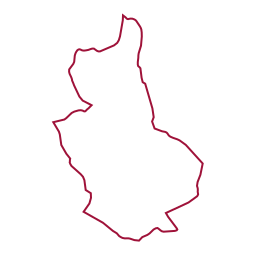 Tongsa, Mercator projection
{"feature_id": "BTN-2486", "entity_name": "Tongsa", "entity_type": "District", "adm_level": 1, "iso_a3": "BTN", "parent_name": "Bhutan", "parent_adm1": "", "projection": "mercator", "projection_center": [90.459, 27.451], "detail": "fine", "context": "isolated", "style": "outline", "palette": "rose", "viewbox_px": 256, "rotation_deg": 0, "n_neighbors": 0, "source": "natural_earth", "source_scale": "10m", "svg_char_len": 1836}
<svg xmlns="http://www.w3.org/2000/svg" viewBox="0 0 256 256"><path d="M98.4,51.4L100.0,51.4L114.0,45.4L117.2,42.9L118.8,40.2L120.0,36.4L122.8,20.3L123.0,15.4L125.6,17.4L126.4,18.3L127.3,19.0L128.3,19.1L129.3,18.8L130.7,18.6L132.4,18.7L134.1,19.3L135.5,20.1L136.4,21.1L140.0,26.5L140.7,27.8L141.3,29.4L141.7,32.4L141.8,36.6L141.0,45.7L138.7,53.2L138.4,55.2L138.3,57.9L137.8,62.0L137.8,64.6L138.2,66.1L139.6,67.3L140.4,68.3L141.6,77.8L142.7,82.2L145.2,83.7L152.4,108.4L153.7,117.2L152.1,121.5L154.6,128.5L162.1,131.3L165.2,131.9L166.5,132.5L167.4,133.4L168.8,135.5L170.4,136.7L173.2,137.9L177.3,139.3L179.6,140.4L185.8,144.9L202.7,163.5L200.4,174.8L197.6,182.0L197.0,185.9L197.7,188.2L197.8,189.5L197.8,190.6L197.7,191.5L197.8,192.4L198.0,193.4L198.1,194.5L197.2,196.2L188.5,202.5L165.9,213.0L168.1,216.8L176.8,228.4L177.3,229.5L176.7,230.3L174.9,230.9L163.6,231.7L161.7,231.2L160.3,230.2L158.9,229.0L157.5,228.0L155.8,228.3L153.6,229.5L149.6,233.4L147.4,234.9L142.3,237.1L139.0,240.6L134.4,240.1L129.9,238.6L128.2,238.3L126.4,238.3L125.0,238.4L123.8,238.2L122.4,237.9L121.0,237.2L119.2,236.1L116.8,233.3L112.9,230.9L103.0,222.8L83.6,211.8L89.4,203.5L91.0,197.8L90.8,193.2L85.7,190.0L84.4,180.2L83.0,176.8L80.8,174.3L71.5,166.0L70.3,164.0L69.7,162.4L69.9,161.3L69.9,159.9L70.2,158.6L66.3,153.7L61.3,145.0L59.8,134.4L58.9,131.6L53.3,122.2L64.4,119.5L66.3,118.1L71.6,113.0L74.3,111.6L78.5,110.4L80.8,110.2L82.6,110.6L84.2,111.4L85.2,111.3L85.9,110.7L87.0,109.5L88.4,108.4L91.6,105.2L82.7,100.6L79.4,96.6L74.0,85.2L73.4,83.5L72.1,80.5L72.0,79.5L71.6,78.2L71.0,76.7L69.6,73.8L69.1,71.8L69.2,69.4L73.3,63.9L74.2,61.8L74.8,55.5L75.5,53.3L76.2,51.9L77.4,50.2L78.5,49.5L79.6,49.3L80.6,49.6L81.7,50.2L82.9,50.5L84.0,50.6L85.8,50.4L88.4,49.9L90.5,49.1L92.2,48.6L93.9,48.6L96.9,50.8L98.4,51.4Z" fill="none" stroke="#9f1239" stroke-width="2"/></svg>